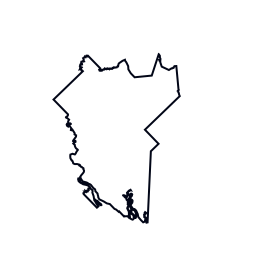 Middle Fly District, Western, Papua New Guinea (Mercator projection), rotated 46°
{"feature_id": "67681753B64880686677125", "entity_name": "Middle Fly District", "entity_type": "district", "adm_level": 2, "iso_a3": "PNG", "parent_name": "Papua New Guinea", "parent_adm1": "Western", "projection": "mercator", "projection_center": [142.595, -7.022], "detail": "fine", "context": "isolated", "style": "outline", "palette": "ink", "viewbox_px": 256, "rotation_deg": 46, "n_neighbors": 0, "source": "geoboundaries", "source_scale": "gbopen_adm2", "svg_char_len": 5914}
<svg xmlns="http://www.w3.org/2000/svg" viewBox="0 0 256 256"><g transform="rotate(46 128 128)"><path d="M160.6,117.0L141.0,117.0L141.0,68.6L139.6,68.1L138.1,67.1L137.5,67.1L136.7,66.6L136.3,66.0L135.9,66.2L135.8,65.1L135.6,65.1L117.0,50.2L115.8,51.6L116.1,52.2L116.0,53.0L116.4,53.4L116.3,53.7L115.8,54.4L115.7,55.1L115.3,55.3L114.7,58.3L107.3,61.1L103.3,59.2L102.5,58.5L101.7,58.7L100.7,58.3L101.5,57.4L100.8,56.6L98.5,55.7L98.7,55.4L98.4,55.1L97.9,55.5L97.5,55.4L96.9,54.6L96.3,54.7L106.8,74.5L96.1,88.0L90.6,88.0L86.1,87.0L83.6,84.9L79.6,83.6L77.8,83.4L76.8,82.8L75.9,85.2L75.2,89.3L75.4,90.4L76.7,92.2L76.3,92.4L76.6,94.0L75.9,94.7L75.8,95.1L74.6,95.9L74.8,96.3L74.4,96.8L74.7,96.9L74.5,97.3L74.5,98.3L73.8,99.0L73.6,98.7L73.1,99.2L73.1,99.4L72.5,99.8L72.3,100.1L72.6,100.6L72.2,100.7L72.0,101.0L71.6,101.0L71.3,101.6L71.0,101.6L71.1,101.9L70.3,102.3L70.2,102.5L70.4,102.8L69.7,103.1L69.8,103.2L69.7,103.7L69.1,103.7L69.3,104.2L69.1,104.4L69.2,104.8L68.8,105.0L68.7,106.2L68.4,106.0L68.1,106.5L68.1,107.5L67.6,108.2L67.0,108.6L66.0,108.2L66.2,106.9L66.0,106.5L48.1,106.6L47.1,107.6L47.2,107.9L47.9,108.0L47.3,108.6L47.7,109.4L47.4,109.6L46.6,109.5L46.9,110.9L46.6,111.8L48.3,112.5L48.9,113.3L49.5,113.4L49.1,114.1L48.4,114.3L48.3,114.9L47.9,115.5L48.8,116.7L49.7,116.4L50.4,116.9L49.8,118.0L49.3,118.0L49.2,118.2L49.9,119.2L50.1,119.7L51.5,119.9L52.1,119.1L52.3,119.1L52.3,119.6L51.6,120.8L52.1,121.3L52.3,121.9L53.0,120.8L54.3,121.6L54.6,121.5L54.8,121.0L55.8,121.0L55.8,161.8L76.5,161.7L77.2,162.5L77.4,163.5L77.1,164.9L77.2,165.2L77.6,165.3L78.9,164.8L81.1,164.6L81.6,166.4L82.2,167.0L83.1,167.2L83.9,167.3L84.6,166.3L85.2,166.2L85.4,166.4L84.9,167.8L84.5,168.1L82.9,168.4L82.6,168.8L82.9,169.7L83.8,170.2L84.3,170.3L85.3,170.1L85.1,169.7L83.9,169.4L84.3,168.3L84.6,168.3L88.7,169.0L89.8,170.5L90.5,170.1L90.4,169.6L90.5,169.1L94.4,169.9L94.8,170.0L95.4,170.9L95.7,170.9L97.2,170.4L98.1,171.4L99.0,176.3L99.2,176.6L99.5,176.5L99.9,175.4L100.7,174.8L101.5,175.3L101.1,178.1L101.8,178.2L103.2,178.0L104.0,178.7L105.2,179.2L106.5,179.5L108.7,179.2L109.0,179.5L109.2,181.2L110.0,183.4L110.1,184.6L108.0,185.8L107.1,187.9L108.0,189.0L109.7,190.4L111.4,190.9L111.9,191.0L111.9,190.8L113.4,190.9L115.3,191.9L115.7,191.9L117.0,191.3L118.5,189.7L120.6,188.4L121.3,188.3L123.1,188.8L124.0,188.3L124.7,188.4L125.9,188.0L126.3,188.2L126.7,188.8L127.3,188.9L128.2,189.3L128.9,190.2L129.2,191.5L129.6,195.2L130.2,196.2L131.3,197.0L134.9,197.7L138.5,195.6L139.6,195.2L140.5,195.2L141.8,194.5L143.1,194.2L147.8,194.7L148.1,194.4L148.9,194.3L149.7,194.5L150.9,195.4L153.9,195.4L154.9,196.1L156.6,197.0L157.1,197.5L159.0,198.1L159.9,198.0L163.9,196.5L167.5,195.6L170.1,193.9L176.8,193.9L178.4,193.2L181.9,192.9L181.9,192.3L188.8,192.3L188.8,191.9L189.1,191.9L191.1,189.6L192.9,189.6L192.7,188.8L191.7,188.3L189.9,186.5L188.7,185.5L185.3,184.4L184.8,183.7L184.1,181.5L182.6,181.2L182.0,180.3L181.0,179.6L181.1,179.1L181.8,179.0L181.9,178.7L181.6,178.3L180.8,177.8L180.7,176.5L180.5,176.3L179.6,176.3L179.7,178.0L178.7,179.0L178.6,179.8L178.6,179.0L179.6,177.7L179.4,175.8L178.8,174.6L178.7,172.2L178.3,171.7L178.0,171.8L177.9,172.7L177.3,173.7L176.7,173.9L175.8,173.9L175.9,174.3L175.4,174.5L176.6,175.6L177.2,178.0L176.5,178.2L176.0,177.8L175.5,178.3L175.0,178.3L174.8,178.0L175.1,177.3L174.8,177.1L174.4,177.5L173.8,177.6L173.4,178.3L173.1,178.3L173.0,178.0L173.1,177.5L173.1,178.1L173.3,178.2L173.7,177.5L174.3,177.4L174.8,177.0L175.2,177.3L174.9,177.9L175.0,178.2L175.4,178.2L175.9,177.7L176.8,178.1L177.1,177.9L176.5,175.8L175.3,174.7L175.7,174.2L174.5,174.1L173.9,173.7L173.7,171.0L174.2,169.1L174.6,169.2L174.4,169.3L174.5,169.8L174.1,171.3L174.2,173.5L176.7,173.6L177.2,172.7L177.2,171.7L177.4,171.3L178.0,171.0L178.7,171.1L179.5,172.4L179.8,175.0L181.1,175.4L182.7,175.0L183.6,175.3L184.7,176.8L185.1,179.1L185.6,179.8L186.3,180.0L189.5,180.5L190.4,180.1L190.9,179.6L193.0,179.5L196.7,180.8L199.2,182.4L203.4,182.7L206.4,182.6L206.7,181.9L206.9,180.8L206.1,179.7L205.4,178.1L203.3,178.2L202.4,177.2L201.6,176.8L201.4,176.2L201.8,175.3L201.6,174.2L201.1,174.1L200.5,174.5L200.4,174.1L201.5,173.9L201.8,174.1L202.0,174.7L201.8,176.5L202.7,176.9L203.5,177.8L204.9,177.4L205.5,177.5L207.1,179.6L207.5,180.0L208.9,180.5L209.5,179.5L160.6,127.7L160.6,117.0ZM163.8,203.7L160.6,203.3L158.0,202.6L156.7,202.5L153.0,200.0L149.7,198.5L148.7,197.2L147.9,196.8L146.2,197.0L144.5,197.6L144.0,198.6L145.0,199.3L144.9,199.8L145.4,199.7L145.4,200.2L145.1,200.0L145.1,200.3L145.4,200.7L145.2,200.8L145.6,201.1L145.5,201.3L145.3,201.1L145.1,201.5L144.9,201.9L144.5,201.4L144.4,201.5L144.8,201.7L144.5,201.9L144.8,202.4L143.9,202.5L144.2,202.7L143.6,203.3L143.9,203.3L143.8,203.7L144.2,204.0L143.9,205.4L144.7,205.8L163.7,205.7L163.8,203.7ZM185.5,181.0L183.9,179.5L183.2,176.4L182.2,176.2L181.0,176.4L180.9,177.7L181.7,178.1L182.1,178.7L182.0,179.0L181.3,179.5L182.1,180.2L182.7,181.0L184.1,181.0L184.4,181.2L184.8,182.1L185.2,183.8L186.8,184.5L188.1,184.8L190.5,185.9L190.8,185.9L189.5,184.1L188.8,182.0L185.5,181.0ZM197.6,183.9L195.3,181.8L192.9,180.8L191.6,180.6L190.7,181.1L189.1,181.5L190.9,184.3L192.1,184.4L195.1,184.1L197.6,185.5L198.0,185.1L197.6,183.9ZM195.0,185.0L194.2,184.8L191.4,185.3L191.2,185.5L191.3,186.4L191.6,187.1L194.6,189.3L197.0,188.5L197.3,187.9L197.2,186.8L195.0,185.0ZM145.7,197.0L143.6,196.4L141.1,196.6L137.6,198.0L135.3,199.5L133.9,199.8L131.5,199.6L129.4,198.0L130.1,199.4L131.8,200.4L133.5,200.4L135.2,200.0L136.4,199.5L137.2,199.4L140.1,197.5L141.7,196.7L143.8,196.6L145.7,197.0ZM164.9,200.6L164.1,200.3L161.3,200.7L159.1,200.6L158.8,200.8L158.9,201.2L159.4,201.5L161.2,201.9L164.1,201.5L164.8,201.1L164.9,200.6ZM132.5,198.0L130.8,197.7L131.0,198.0L131.8,198.3L132.5,198.0ZM121.4,189.1L122.0,188.8L121.0,188.5L120.6,189.0L121.4,189.1ZM156.5,201.4L156.9,201.3L156.1,201.0L156.5,201.4ZM189.4,183.4L189.5,183.0L189.3,182.7L189.3,182.9L189.4,183.4Z" fill="none" stroke="#020617" stroke-width="2"/></g></svg>